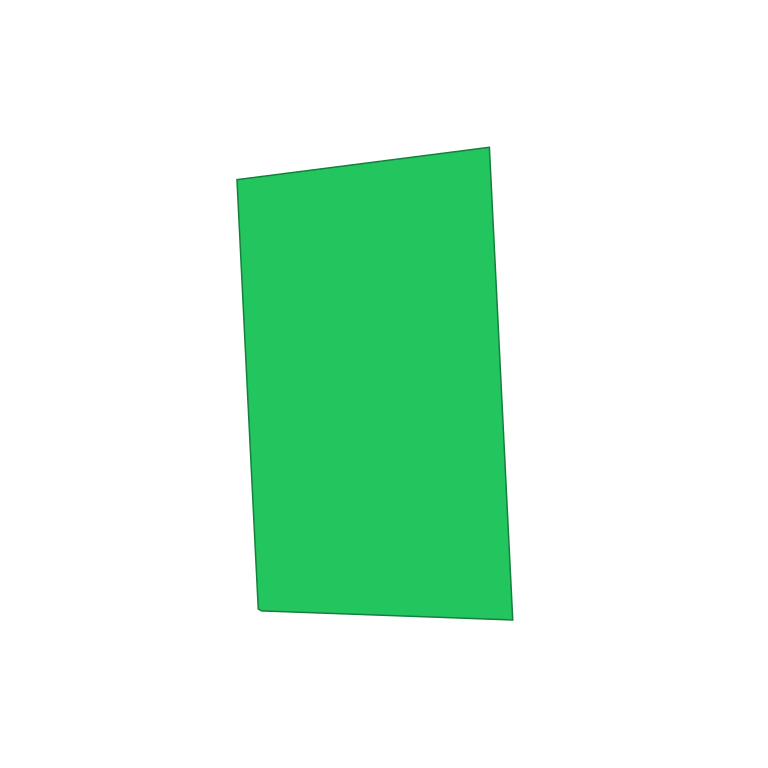 outline of 57, Ar Rayyān, Qatar, rotated 30°
{"feature_id": "91078587B47648989692762", "entity_name": "57", "entity_type": "district", "adm_level": 2, "iso_a3": "QAT", "parent_name": "Qatar", "parent_adm1": "Ar Rayyān", "projection": "natural_earth1", "projection_center": [51.432, 25.189], "detail": "fine", "context": "isolated", "style": "filled", "palette": "green", "viewbox_px": 768, "rotation_deg": 30, "n_neighbors": 0, "source": "geoboundaries", "source_scale": "gbopen_adm2", "svg_char_len": 278}
<svg xmlns="http://www.w3.org/2000/svg" viewBox="0 0 768 768"><g transform="rotate(30 384 384)"><path d="M613.5,524.0L356.9,126.3L347.2,133.7L154.5,280.5L156.9,284.3L251.1,430.3L387.6,641.7L391.5,641.7L613.5,524.0Z" fill="#22c55e" stroke="#15803d" stroke-width="1.5"/></g></svg>